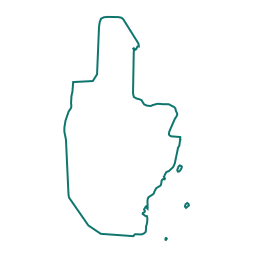 an SVG outline of East Sepik, rotated 92°
{"feature_id": "PNG-1239", "entity_name": "East Sepik", "entity_type": "Province", "adm_level": 1, "iso_a3": "PNG", "parent_name": "Papua New Guinea", "parent_adm1": "", "projection": "mercator", "projection_center": [143.363, -4.131], "detail": "fine", "context": "isolated", "style": "outline", "palette": "teal", "viewbox_px": 256, "rotation_deg": 92, "n_neighbors": 0, "source": "natural_earth", "source_scale": "10m", "svg_char_len": 2448}
<svg xmlns="http://www.w3.org/2000/svg" viewBox="0 0 256 256"><g transform="rotate(92 128 128)"><path d="M135.2,75.5L136.4,75.4L137.5,75.7L137.9,75.2L139.1,75.6L143.7,76.1L144.4,76.3L145.6,77.2L146.5,77.5L147.3,77.5L161.7,80.0L164.7,81.1L165.9,81.9L169.7,85.7L170.4,87.6L170.7,88.1L171.1,88.4L172.2,88.9L172.7,89.2L173.3,89.5L175.3,90.1L175.5,90.4L176.1,90.1L177.1,89.4L177.5,89.4L178.0,89.6L178.1,90.0L177.6,90.8L178.2,91.7L178.9,92.3L179.8,92.6L182.2,92.8L183.5,93.1L184.5,93.6L187.0,97.5L187.9,98.1L190.7,99.4L191.6,99.6L193.2,100.4L196.5,105.2L198.2,105.8L200.5,106.0L204.9,105.7L205.6,105.8L206.3,105.6L208.0,105.7L207.5,106.2L206.8,106.5L206.1,106.7L205.3,106.6L205.8,107.4L206.4,107.8L207.1,108.1L207.8,108.6L208.8,109.1L210.5,108.2L211.5,108.6L212.0,109.6L212.3,110.1L212.9,110.3L213.6,110.2L213.7,109.7L214.0,109.3L214.6,108.6L215.2,107.7L215.5,106.8L215.4,106.1L217.6,105.5L220.7,105.5L223.7,105.9L226.0,106.6L226.9,106.4L230.3,106.6L231.3,106.8L232.2,107.7L233.0,108.7L233.6,109.9L233.9,111.2L233.9,117.0L234.3,117.7L235.3,118.5L235.9,118.8L235.9,119.0L234.7,151.5L226.8,164.2L199.9,184.3L197.5,185.0L194.7,185.3L141.8,189.6L133.8,191.5L129.6,191.6L122.8,190.7L113.6,187.9L109.9,185.6L109.0,185.5L107.8,185.4L105.0,185.8L97.8,185.6L93.8,184.8L84.0,184.4L82.3,164.8L75.4,160.8L28.2,160.5L23.4,160.0L19.7,158.8L18.2,156.0L17.7,152.8L17.5,141.5L18.0,138.5L19.4,136.6L43.1,120.6L43.7,120.4L44.7,120.2L45.0,120.3L46.2,120.0L46.3,121.4L47.3,121.9L48.5,122.3L49.4,123.2L48.5,124.3L48.1,125.0L48.5,125.5L50.3,124.6L50.9,124.8L52.0,124.9L93.0,124.2L96.7,123.3L98.1,120.8L98.5,119.7L98.5,118.7L99.7,115.4L101.9,114.1L103.9,112.6L104.9,110.0L105.2,107.4L105.1,105.8L104.9,105.1L104.3,104.4L104.1,103.8L103.6,101.9L103.1,100.7L102.9,99.9L102.8,96.9L103.0,94.1L102.8,89.1L102.9,88.1L103.1,87.4L104.2,85.4L105.2,83.1L106.0,82.0L106.9,81.3L108.7,80.9L109.6,80.5L111.4,79.6L112.3,79.3L113.1,79.3L114.0,79.6L115.0,80.1L117.0,81.4L129.3,86.3L131.2,86.8L132.2,86.9L133.2,86.8L134.0,86.1L134.8,84.6L135.2,75.7L135.2,75.5ZM168.9,77.2L167.8,77.2L165.9,76.5L165.4,76.4L164.7,76.0L163.6,75.1L163.7,74.5L164.1,74.0L164.2,73.3L164.7,72.9L166.0,73.0L167.8,73.9L169.5,75.2L169.9,76.5L168.9,77.2ZM200.9,66.2L201.7,65.0L203.2,64.4L204.9,66.2L205.8,67.2L204.5,68.4L202.2,67.8L200.9,66.2ZM237.2,85.4L237.8,85.6L238.4,86.0L238.5,86.5L238.1,86.7L237.7,86.6L237.1,86.6L236.9,86.6L236.6,86.3L236.7,85.8L237.2,85.4Z" fill="none" stroke="#0f766e" stroke-width="2"/></g></svg>